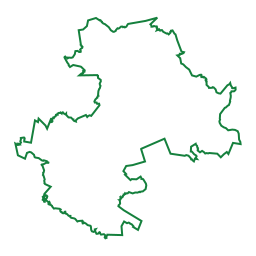 outline of Satevó, Chihuahua, Mexico
{"feature_id": "50627088B42337074746811", "entity_name": "Satevó", "entity_type": "district", "adm_level": 2, "iso_a3": "MEX", "parent_name": "Mexico", "parent_adm1": "Chihuahua", "projection": "orthographic", "projection_center": [-106.204, 27.759], "detail": "fine", "context": "isolated", "style": "outline", "palette": "green", "viewbox_px": 256, "rotation_deg": 0, "n_neighbors": 0, "source": "geoboundaries", "source_scale": "gbopen_adm2", "svg_char_len": 5698}
<svg xmlns="http://www.w3.org/2000/svg" viewBox="0 0 256 256"><path d="M157.3,17.7L145.6,20.9L128.3,23.9L127.8,24.2L126.4,26.6L125.6,27.1L124.8,27.4L124.1,26.8L123.0,27.2L122.5,26.6L121.1,26.6L119.1,28.3L118.3,28.6L117.5,28.3L116.0,30.0L115.7,30.9L114.0,31.8L113.2,31.8L110.8,30.2L108.8,27.2L104.9,24.1L103.3,23.5L101.8,22.2L101.9,21.7L101.3,21.4L100.5,20.2L99.7,20.0L99.5,20.3L96.0,18.0L88.1,20.4L86.9,26.1L83.1,29.5L78.7,30.2L80.8,44.1L80.6,44.8L81.6,45.6L81.5,46.2L82.5,46.9L82.2,47.9L80.8,48.8L80.1,49.7L80.8,51.0L80.6,51.9L79.1,52.0L77.6,50.9L75.4,51.1L74.8,54.2L72.7,57.4L71.2,57.8L69.0,57.6L67.5,58.4L67.3,58.0L67.5,57.6L65.6,57.4L65.2,56.6L64.7,56.8L64.5,57.5L67.3,62.6L68.7,64.4L68.7,65.4L70.0,67.0L73.2,65.0L80.2,66.5L81.1,66.8L84.7,70.3L84.5,71.5L84.0,71.4L83.8,70.8L83.2,71.0L83.4,71.4L82.9,72.4L83.4,72.7L83.2,73.1L82.0,73.7L81.4,73.6L79.3,75.4L97.2,75.1L97.6,75.9L98.0,75.9L98.0,77.9L100.7,79.9L100.8,81.4L99.7,83.5L99.9,84.9L100.5,85.8L99.7,88.5L99.2,88.9L98.4,91.1L98.1,94.4L98.4,95.7L97.9,95.7L97.4,97.6L96.9,97.6L96.7,98.2L95.4,99.4L94.4,101.4L94.8,102.5L96.6,102.5L97.1,103.8L99.1,103.7L99.5,105.2L91.2,115.9L89.8,115.3L88.3,115.9L87.2,117.0L85.9,115.0L77.9,118.4L75.7,120.5L75.9,121.5L74.1,120.9L73.3,120.1L73.4,119.4L72.6,119.2L71.1,117.6L68.5,117.4L66.7,115.5L66.1,114.4L66.1,113.6L65.4,114.4L63.7,113.4L62.8,112.3L61.7,112.8L61.6,113.5L60.5,112.6L60.3,113.0L58.8,112.9L57.8,113.5L57.7,114.4L57.2,114.1L56.6,115.2L55.9,115.0L55.5,116.4L54.3,117.0L53.9,118.0L53.2,117.6L52.6,118.6L52.1,118.7L52.4,120.0L52.1,120.4L52.4,121.4L52.0,121.9L51.1,122.1L50.6,121.2L51.3,118.1L47.1,128.7L45.5,125.5L38.6,118.6L38.0,122.1L35.0,120.4L31.0,142.7L24.2,141.5L24.3,139.7L24.7,138.8L24.4,137.8L24.0,137.5L20.8,138.0L20.9,139.5L20.3,141.3L21.0,142.5L19.9,143.9L19.0,143.8L19.8,144.6L17.7,145.0L15.4,143.6L17.9,155.3L25.0,158.7L27.0,152.9L29.6,151.9L31.2,152.4L34.0,154.8L34.6,157.0L35.2,157.5L38.7,158.1L41.9,160.4L43.2,160.8L43.8,160.3L46.8,161.2L46.8,161.7L49.1,162.8L46.1,162.8L43.4,164.3L42.0,164.4L41.6,164.8L42.6,166.1L44.1,170.4L43.7,172.2L43.1,172.8L43.3,174.0L42.9,175.0L43.6,175.9L44.7,179.4L44.2,180.8L44.6,182.4L44.4,183.2L45.1,184.1L50.7,186.7L44.4,193.9L43.9,196.0L42.8,196.9L43.4,198.0L43.8,198.0L45.6,195.2L46.6,195.5L47.3,196.3L46.9,197.9L46.2,198.8L45.2,199.1L43.9,198.7L43.0,199.0L42.7,199.8L43.8,200.5L44.1,201.7L44.7,201.8L44.8,200.8L46.2,200.3L48.4,202.2L49.3,201.8L49.6,202.5L48.7,203.0L48.4,203.9L49.3,204.6L50.0,204.2L50.5,204.3L51.0,205.2L52.0,205.8L52.1,206.4L53.9,208.6L55.3,208.3L59.6,208.8L60.7,209.5L60.2,210.2L60.4,211.3L60.9,211.9L61.7,212.0L62.3,213.0L63.1,213.3L64.1,213.1L64.6,211.8L65.3,211.7L65.7,213.6L67.1,214.1L68.6,215.8L70.4,215.9L70.3,217.0L71.2,217.8L74.2,218.4L75.2,218.9L77.4,221.5L78.7,221.0L82.4,220.7L82.8,221.3L82.3,221.9L82.7,223.4L83.5,223.3L84.3,222.7L86.1,223.7L87.6,225.1L90.5,225.8L90.9,226.7L91.2,229.9L91.9,231.3L93.6,231.9L94.0,231.7L94.9,231.0L94.8,229.4L95.6,229.2L95.1,229.9L95.4,231.7L96.5,233.8L98.0,233.7L99.4,232.2L100.0,232.5L100.2,233.6L101.0,234.6L103.9,234.2L105.4,235.4L104.7,237.4L105.4,238.3L106.5,237.9L106.2,236.5L107.3,235.3L107.4,234.7L122.2,235.1L121.5,226.2L124.1,221.5L127.0,223.2L128.7,222.6L129.6,223.0L130.0,223.6L131.7,224.3L133.5,226.3L133.6,226.6L133.2,227.0L138.0,229.9L141.5,221.0L123.7,210.2L118.4,206.2L118.7,205.1L119.4,204.7L120.1,203.5L119.8,200.5L119.5,200.2L119.9,200.2L120.4,199.5L120.2,199.1L120.9,198.5L120.6,197.7L120.9,197.8L121.0,197.2L121.4,197.6L122.4,197.3L122.9,196.4L122.8,195.9L123.8,195.1L123.7,194.5L124.4,194.4L125.0,193.3L125.6,193.9L126.5,193.3L127.7,193.3L128.9,192.1L132.7,193.4L135.2,192.5L137.6,192.6L139.4,191.8L140.0,192.2L140.9,191.6L142.8,191.4L145.6,189.1L146.3,185.4L145.9,183.6L143.2,179.2L141.4,178.9L141.5,178.3L140.6,176.6L136.5,179.3L131.7,179.1L130.5,180.1L125.0,174.7L126.1,174.0L123.4,171.1L126.2,166.0L132.6,165.1L145.0,161.5L141.1,149.0L141.2,148.8L164.5,138.7L170.5,153.7L184.8,155.8L186.2,155.1L188.5,155.7L190.6,158.0L191.1,159.3L191.8,159.2L192.4,160.2L193.9,161.4L194.9,158.7L196.9,159.0L195.8,157.7L196.6,156.2L195.9,155.3L194.2,154.3L191.9,151.6L190.8,151.5L191.1,146.7L195.7,143.8L195.9,144.7L197.1,145.9L197.2,147.1L198.0,148.2L197.6,148.9L198.0,149.7L197.7,150.5L200.0,152.3L202.1,150.9L203.9,152.1L205.2,153.5L206.6,153.1L208.2,153.4L209.2,153.0L217.3,153.7L220.8,157.3L223.9,154.2L226.8,152.0L228.4,154.0L233.0,142.9L240.6,144.1L240.3,141.8L239.1,139.6L238.7,133.6L237.7,131.2L235.0,129.9L232.3,129.6L228.2,130.3L225.9,128.1L223.9,127.4L221.3,125.7L219.7,122.9L219.4,121.2L220.1,119.6L219.8,118.8L220.1,114.1L224.8,107.8L225.8,107.5L227.7,105.7L228.9,105.1L230.2,101.6L229.9,101.0L230.7,97.4L230.8,95.7L230.3,93.0L231.0,92.5L231.5,91.3L234.0,91.3L235.0,90.5L235.6,89.7L235.5,87.6L233.1,88.3L232.2,88.1L232.2,87.5L230.8,85.4L230.2,83.0L229.3,84.3L227.4,85.3L220.5,93.6L218.6,93.3L216.5,92.3L215.6,89.4L213.6,87.4L212.6,87.2L212.1,87.8L209.0,87.9L208.8,87.1L206.5,84.8L206.6,83.0L206.3,82.0L206.6,81.7L205.8,80.6L206.2,80.3L205.8,79.7L206.4,79.2L206.1,78.6L203.9,76.9L203.3,77.4L202.8,77.0L201.4,77.1L201.2,76.3L201.6,75.2L201.1,74.7L199.7,74.9L196.3,76.6L192.0,75.4L189.2,69.6L185.9,67.1L183.3,64.4L181.2,63.5L180.2,58.2L177.3,55.4L179.7,54.9L179.8,53.8L181.5,54.0L183.5,53.1L184.0,52.2L181.5,51.6L177.2,40.2L175.5,34.4L174.5,33.7L172.5,30.4L171.0,30.7L171.1,31.3L170.7,32.0L170.3,32.0L170.3,32.8L168.7,34.4L167.6,33.4L166.7,33.6L163.2,31.8L162.0,30.1L160.9,30.1L160.5,30.2L160.4,30.6L159.9,30.6L159.4,30.3L159.1,29.4L158.3,29.8L157.9,29.2L157.5,30.0L156.8,30.3L157.3,29.2L156.7,28.1L157.0,27.0L156.7,26.4L156.0,26.6L153.9,26.0L152.8,26.7L152.0,26.4L151.5,26.6L151.3,25.3L150.4,24.3L157.3,17.7Z" fill="none" stroke="#15803d" stroke-width="2"/></svg>